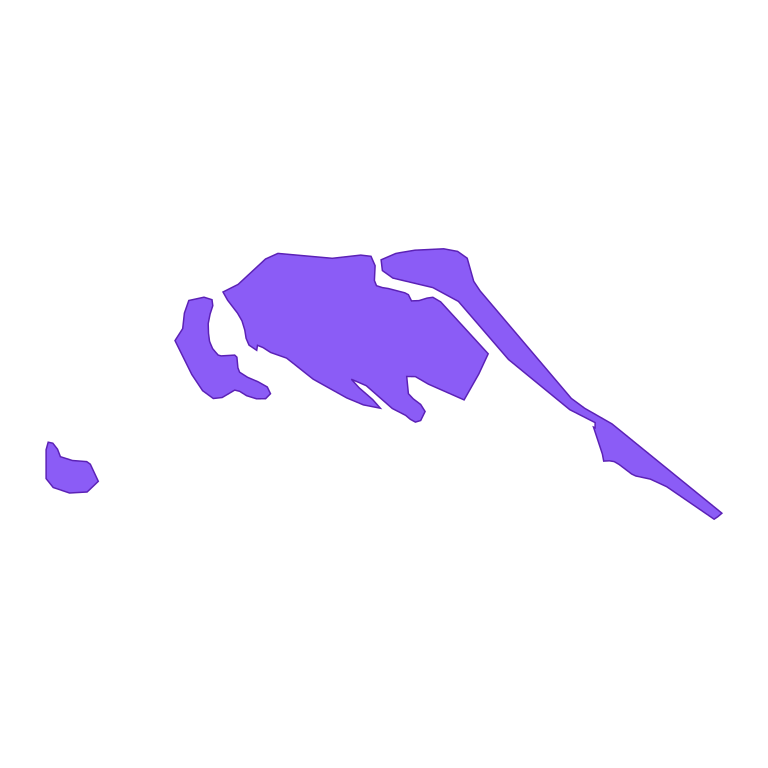 an SVG outline of Yāpanaya
{"feature_id": "LKA-2459", "entity_name": "Yāpanaya", "entity_type": "District", "adm_level": 1, "iso_a3": "LKA", "parent_name": "Sri Lanka", "parent_adm1": "", "projection": "orthographic", "projection_center": [80.084, 9.638], "detail": "fine", "context": "isolated", "style": "filled", "palette": "violet", "viewbox_px": 768, "rotation_deg": 0, "n_neighbors": 0, "source": "natural_earth", "source_scale": "10m", "svg_char_len": 1896}
<svg xmlns="http://www.w3.org/2000/svg" viewBox="0 0 768 768"><path d="M464.1,399.9L428.3,384.1L415.4,376.6L406.7,376.5L408.4,393.7L413.2,398.8L420.7,404.5L425.1,411.5L420.7,420.5L415.4,422.1L410.3,419.3L405.7,415.4L392.3,408.5L366.3,385.7L351.3,379.2L351.4,379.3L359.0,387.7L372.7,399.6L380.3,408.2L363.4,404.9L346.7,397.9L313.2,379.2L286.6,358.1L270.7,352.5L269.1,351.5L263.1,347.6L257.5,345.3L256.7,350.3L249.0,345.1L246.1,338.3L244.8,330.1L242.0,320.9L237.5,313.1L234.7,309.5L227.6,300.2L223.0,292.0L238.1,284.4L265.5,259.0L277.9,253.4L332.3,258.3L360.7,255.1L371.0,256.3L375.1,265.7L374.4,280.5L376.5,285.7L382.4,287.6L388.2,288.5L404.8,292.8L408.4,294.7L411.5,300.9L419.0,300.6L424.8,298.8L427.1,298.1L430.5,297.6L432.9,297.3L438.3,300.5L440.6,301.8L460.1,323.1L488.2,353.8L478.8,374.0L464.1,399.9ZM593.5,427.1L595.1,427.8L595.1,422.6L569.8,409.7L508.5,359.5L458.4,301.4L432.9,287.6L392.9,278.1L382.4,270.6L381.1,259.8L395.7,253.5L400.4,252.6L414.9,250.2L443.7,248.8L457.6,251.4L467.2,258.2L473.7,281.3L480.1,290.9L571.3,398.4L584.7,408.3L612.0,423.9L721.9,513.2L717.7,516.8L714.1,519.2L666.7,486.7L650.3,479.1L635.8,476.0L633.7,475.0L631.6,474.0L619.0,464.4L614.2,461.6L609.4,460.8L603.7,461.1L602.4,454.1L593.5,427.1ZM213.3,398.5L202.6,390.7L191.8,374.5L175.0,340.6L182.7,328.6L184.4,313.1L188.8,300.5L204.0,297.2L212.0,299.7L212.8,305.7L210.1,314.0L208.2,323.6L208.5,333.3L209.5,341.0L209.6,341.4L210.2,343.0L212.6,348.6L215.7,352.3L218.2,355.1L221.2,355.9L234.7,355.1L236.9,357.2L237.9,367.8L239.6,372.2L247.6,377.3L258.3,381.9L267.3,387.0L268.1,388.7L270.5,393.7L265.6,398.7L256.5,398.8L246.6,395.7L239.6,391.3L234.7,390.1L222.2,397.5L213.4,398.5L213.3,398.5ZM98.3,481.3L92.8,486.6L87.1,492.0L69.5,493.0L53.2,487.5L46.1,478.6L46.1,449.7L48.2,442.2L52.8,443.2L57.5,449.2L60.4,456.7L72.4,460.5L86.7,461.6L90.3,464.2L98.3,481.3Z" fill="#8b5cf6" stroke="#5b21b6" stroke-width="1.5"/></svg>